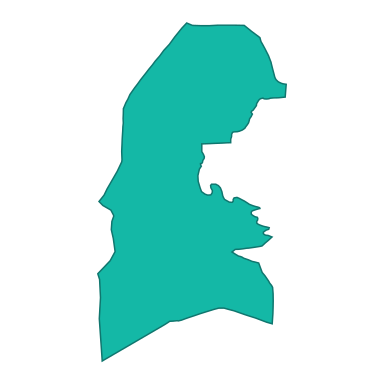 Al-Falluja, Al-Anbar, Iraq
{"feature_id": "34846034B2556059967776", "entity_name": "Al-Falluja", "entity_type": "district", "adm_level": 2, "iso_a3": "IRQ", "parent_name": "Iraq", "parent_adm1": "Al-Anbar", "projection": "natural_earth1", "projection_center": [43.931, 33.191], "detail": "fine", "context": "isolated", "style": "filled", "palette": "teal", "viewbox_px": 384, "rotation_deg": 0, "n_neighbors": 0, "source": "geoboundaries", "source_scale": "gbopen_adm2", "svg_char_len": 3431}
<svg xmlns="http://www.w3.org/2000/svg" viewBox="0 0 384 384"><path d="M178.4,320.9L181.6,320.1L184.8,318.9L188.5,317.6L193.4,316.0L200.1,313.7L205.5,312.0L213.9,309.4L218.8,308.1L221.5,308.1L224.0,308.1L228.6,309.4L234.0,310.8L245.1,314.7L248.8,315.9L255.5,318.0L266.6,322.2L270.8,323.4L272.2,323.8L272.5,319.5L272.9,313.6L273.1,306.7L273.2,301.0L273.1,293.7L272.6,287.4L271.6,285.5L269.6,283.0L268.8,281.4L264.9,275.7L262.2,272.5L260.7,268.5L258.7,263.0L256.8,262.5L254.9,262.0L252.1,261.4L248.4,259.8L243.7,258.2L242.0,257.1L240.1,256.4L238.5,256.1L236.9,255.1L236.0,254.6L232.0,252.0L232.8,251.4L235.0,249.5L236.2,249.3L238.2,249.3L240.5,249.1L243.0,248.8L246.8,248.2L248.7,248.1L253.7,247.4L258.2,246.7L260.6,246.3L262.1,245.9L265.2,243.0L268.4,240.3L272.0,237.0L269.8,236.1L268.0,235.4L265.6,235.2L264.1,234.4L263.3,233.4L263.4,232.1L266.2,230.1L267.1,229.8L268.1,229.5L268.7,229.3L269.2,227.7L267.8,227.3L266.2,226.9L265.4,226.8L262.8,226.1L259.3,224.8L257.8,224.0L256.8,223.2L256.8,222.6L256.7,221.4L257.6,220.1L257.8,218.4L257.3,217.3L254.9,216.7L252.8,215.4L251.4,214.3L251.2,212.2L252.2,210.9L254.4,210.1L256.9,209.3L259.0,208.7L259.9,208.5L259.6,207.7L257.6,207.0L255.8,206.6L252.9,205.7L249.3,204.3L248.5,203.7L244.3,201.0L242.7,200.2L239.1,198.3L237.0,197.4L234.1,197.9L233.2,199.4L233.2,201.2L232.3,202.3L229.5,202.2L226.4,200.5L224.7,199.5L224.4,199.2L223.9,198.3L223.3,197.2L222.7,195.6L221.9,191.7L220.4,187.9L218.4,185.6L217.0,184.9L215.8,184.2L211.6,184.2L210.6,185.4L210.6,185.6L210.9,187.8L212.4,190.6L212.2,192.8L210.8,194.9L207.7,195.1L204.9,194.1L201.5,191.6L201.1,190.5L200.1,187.8L199.3,185.1L198.2,181.4L197.9,175.9L197.9,175.6L199.4,169.1L201.3,166.2L200.6,165.0L200.5,163.6L201.7,163.5L202.5,162.3L202.8,160.5L204.1,158.5L204.4,156.8L203.5,154.5L201.8,151.6L201.8,143.9L209.9,143.6L213.9,143.4L223.7,143.0L226.9,142.8L230.7,142.7L230.7,140.0L230.8,138.8L231.5,136.9L231.6,136.1L231.6,135.2L231.7,134.1L232.5,132.4L233.7,131.9L237.3,131.7L239.4,131.2L240.6,130.7L242.0,130.2L243.1,129.5L244.8,128.3L245.8,126.7L247.2,124.9L248.5,122.9L248.6,122.6L249.2,120.7L249.6,118.8L250.6,117.4L251.2,116.5L252.0,114.8L252.4,114.1L251.1,112.3L251.6,111.2L253.3,110.0L253.7,109.4L254.4,108.4L256.4,105.6L256.6,103.7L257.7,101.9L258.7,100.2L260.4,98.7L263.0,98.1L264.0,98.8L264.9,98.9L266.2,99.0L267.8,98.9L269.0,98.7L270.3,98.2L273.7,97.9L278.0,97.8L279.3,97.7L284.1,97.2L285.2,97.1L286.2,84.3L283.0,83.8L281.4,83.3L279.4,82.4L278.0,81.6L276.0,79.6L275.3,78.3L274.8,77.2L274.0,74.1L272.8,69.6L272.0,66.4L271.4,64.0L271.0,62.2L268.9,56.8L268.9,56.7L268.5,55.7L265.1,49.0L262.4,44.0L261.0,41.6L259.9,37.6L251.6,31.4L244.2,25.4L234.3,25.2L217.9,25.2L209.1,25.7L201.2,25.7L192.5,25.4L191.7,25.1L186.7,23.0L181.9,28.1L174.7,37.0L169.4,44.3L163.7,50.5L159.6,56.1L155.4,60.9L152.2,65.2L149.1,68.9L145.4,73.7L140.8,79.5L137.5,84.1L134.8,87.6L130.0,94.4L127.9,99.1L125.9,102.7L123.6,108.2L123.4,108.5L123.3,113.7L123.1,118.6L123.3,123.1L122.9,126.6L122.7,131.1L122.4,135.7L122.2,139.0L122.0,144.5L121.7,151.4L122.0,159.9L121.7,162.0L121.2,163.0L117.2,171.4L107.1,188.9L104.1,195.1L99.0,201.5L102.9,205.5L110.9,210.1L113.6,215.3L113.7,216.3L111.9,221.4L111.3,229.6L113.3,238.5L115.1,251.6L110.2,260.7L102.5,268.8L98.0,273.5L97.8,273.8L99.6,279.5L100.5,297.7L99.3,318.7L101.8,354.7L102.2,361.0L164.5,324.7L167.5,322.8L169.7,321.3L173.2,321.1L177.1,320.7L178.4,320.9Z" fill="#14b8a6" stroke="#0f766e" stroke-width="1.5"/></svg>